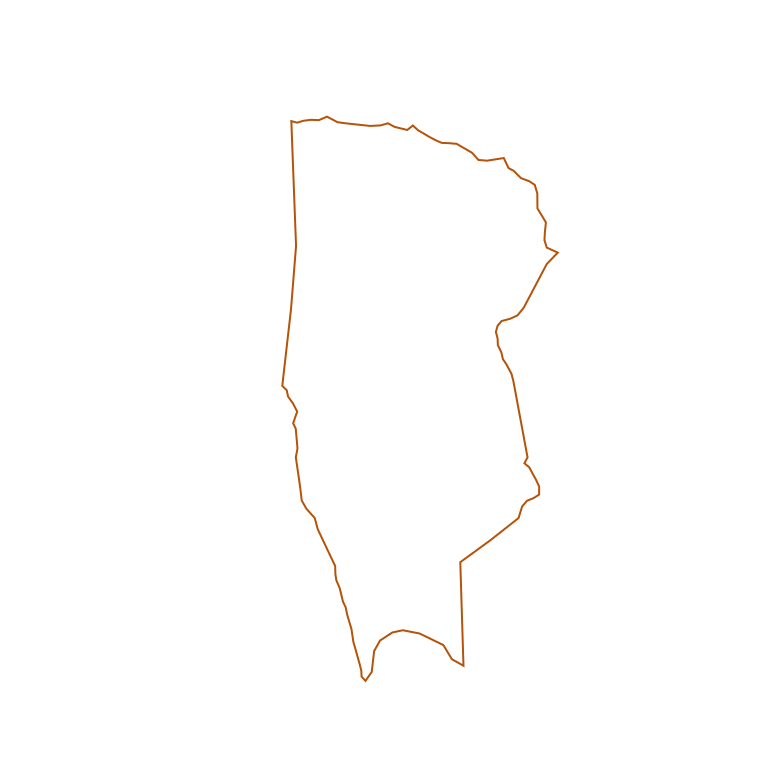 outline of Congo, Paraíba, Brazil, rotated 35°
{"feature_id": "56859067B42769683705793", "entity_name": "Congo", "entity_type": "district", "adm_level": 2, "iso_a3": "BRA", "parent_name": "Brazil", "parent_adm1": "Paraíba", "projection": "albers", "projection_center": [-36.637, -7.809], "detail": "fine", "context": "isolated", "style": "outline", "palette": "amber", "viewbox_px": 768, "rotation_deg": 35, "n_neighbors": 0, "source": "geoboundaries", "source_scale": "gbopen_adm2", "svg_char_len": 1521}
<svg xmlns="http://www.w3.org/2000/svg" viewBox="0 0 768 768"><g transform="rotate(35 384 384)"><path d="M533.5,636.6L539.1,637.8L539.1,626.9L529.1,608.4L527.9,596.4L533.4,582.7L540.7,574.9L546.3,572.4L556.2,568.0L582.3,563.8L597.5,570.5L610.7,569.2L548.7,486.2L560.8,450.8L571.1,416.6L567.4,405.1L568.1,397.6L572.0,391.6L574.5,385.6L569.9,379.0L563.0,375.0L557.8,372.5L550.9,369.0L544.5,368.4L543.7,361.8L488.8,307.9L482.7,302.6L472.8,297.6L467.1,295.4L461.9,290.7L455.0,286.9L451.0,281.6L445.8,277.2L443.6,271.0L444.2,265.0L450.0,258.1L454.0,251.2L454.7,241.2L448.5,192.3L451.0,176.7L439.1,178.9L433.0,174.2L428.6,167.2L424.0,158.8L417.1,155.7L409.0,152.2L405.0,146.6L400.3,140.0L393.3,134.4L386.6,134.6L378.1,136.8L368.0,135.0L362.2,135.7L352.5,130.2L340.4,141.9L332.9,146.3L323.4,144.1L311.9,145.1L305.7,145.6L299.2,149.4L292.9,153.4L285.9,154.8L279.0,155.6L266.3,156.6L259.4,155.7L257.3,162.6L245.2,167.3L237.7,168.2L232.8,174.2L224.7,180.5L203.9,192.0L195.8,196.2L184.0,197.7L179.3,205.2L172.5,209.6L167.0,214.6L162.9,219.8L157.3,221.8L232.8,321.4L265.0,376.2L298.0,437.0L301.8,443.9L307.9,444.9L312.6,449.3L320.6,452.1L328.7,456.4L332.1,468.3L337.3,471.2L350.1,486.4L353.8,494.6L360.0,501.2L367.4,509.0L375.3,517.5L383.4,526.6L392.0,530.7L404.1,533.5L413.1,541.0L422.4,546.3L429.6,550.4L438.5,555.5L448.4,561.1L453.2,567.6L457.5,572.1L464.9,576.7L475.2,585.8L480.8,589.0L486.4,594.3L497.9,603.4L506.8,612.8L514.6,619.1L524.8,627.5L529.8,631.8L533.5,636.6Z" fill="none" stroke="#b45309" stroke-width="2"/></g></svg>